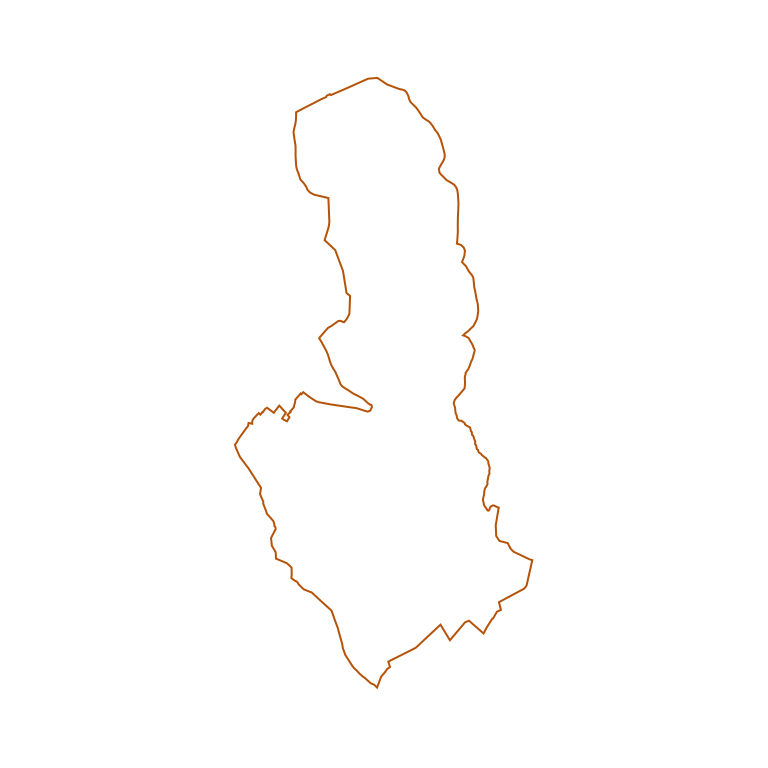 Titesti, Arges, Romania, rotated 308°
{"feature_id": "2599482B73209065312758", "entity_name": "Titesti", "entity_type": "district", "adm_level": 2, "iso_a3": "ROU", "parent_name": "Romania", "parent_adm1": "Arges", "projection": "equal_earth", "projection_center": [24.984, 45.011], "detail": "fine", "context": "isolated", "style": "outline", "palette": "amber", "viewbox_px": 768, "rotation_deg": 308, "n_neighbors": 0, "source": "geoboundaries", "source_scale": "gbopen_adm2", "svg_char_len": 5638}
<svg xmlns="http://www.w3.org/2000/svg" viewBox="0 0 768 768"><g transform="rotate(308 384 384)"><path d="M357.2,550.5L356.5,548.2L356.2,546.6L355.9,545.3L355.2,544.4L354.2,544.0L353.7,543.8L353.2,543.6L352.6,543.6L351.1,543.9L350.4,544.3L349.4,544.5L348.5,544.3L348.2,543.8L348.1,543.3L348.6,542.2L349.2,540.7L349.6,538.9L350.1,537.6L351.2,536.2L352.3,534.9L353.4,533.5L354.3,532.8L355.4,532.3L357.4,531.4L358.1,531.2L359.2,530.5L360.0,529.9L360.7,529.4L362.6,528.4L364.2,527.8L364.8,527.8L367.5,527.6L369.2,527.0L369.8,526.2L370.4,525.8L372.3,524.7L376.3,522.7L378.1,522.4L378.8,521.8L380.7,520.2L382.6,519.3L384.4,517.0L385.6,515.2L387.1,514.0L387.6,512.9L387.8,511.9L388.1,511.0L388.4,509.9L388.1,508.4L388.2,507.7L388.2,506.8L388.3,506.0L388.2,505.1L388.5,504.2L388.7,503.5L388.6,502.4L388.5,501.5L388.6,500.7L388.8,500.3L389.1,499.6L389.4,499.3L390.0,498.7L389.9,497.3L390.3,496.6L391.2,495.6L392.0,494.9L392.4,494.3L392.7,492.8L393.7,492.1L394.6,491.6L395.0,491.1L395.7,489.8L396.3,488.7L397.2,487.6L397.9,486.3L398.2,485.7L398.1,485.2L398.2,484.6L398.4,484.4L399.4,483.5L400.2,482.8L400.2,482.3L400.3,481.8L400.6,481.2L401.3,480.4L402.7,478.5L402.0,474.1L402.0,472.9L402.9,471.5L402.7,467.6L401.8,466.5L401.3,465.4L401.4,464.5L402.3,462.3L403.2,461.4L404.1,460.4L405.2,458.3L406.7,456.8L407.9,455.7L408.9,454.7L409.6,453.8L410.3,452.8L411.2,451.5L411.5,451.0L412.5,450.5L414.4,449.7L416.8,449.5L424.4,450.0L430.1,450.2L435.1,447.0L436.3,445.8L437.7,444.7L438.9,443.6L439.9,443.1L441.7,442.4L442.9,441.5L447.6,441.2L448.5,441.0L450.8,440.4L453.8,439.4L455.1,438.9L457.9,438.4L460.0,437.5L465.5,435.2L466.4,434.7L467.0,434.0L467.2,433.5L467.5,433.0L467.7,432.4L468.0,431.8L469.0,430.5L469.7,428.9L470.9,425.9L471.5,424.5L472.3,422.4L472.3,421.5L472.1,420.7L471.8,418.7L471.5,417.6L471.0,416.4L474.0,416.8L477.6,417.8L480.9,418.2L484.7,418.8L488.5,418.1L492.2,417.3L493.5,416.7L496.1,415.3L499.5,413.4L504.5,408.9L506.7,406.2L508.2,404.3L510.5,401.8L513.1,398.8L516.5,394.9L519.8,391.8L522.6,389.1L523.8,386.7L524.1,385.4L525.0,381.6L525.8,379.6L527.3,376.1L528.1,370.3L530.6,369.7L534.9,368.2L539.0,365.6L540.6,362.8L541.0,359.2L539.5,355.0L542.5,353.2L549.1,348.7L554.0,344.8L560.7,339.7L570.2,333.0L573.1,330.7L578.3,326.1L581.5,322.9L583.3,320.1L584.3,316.5L583.2,307.4L583.9,302.3L584.2,299.7L584.8,297.4L587.7,294.6L592.2,293.9L593.6,293.7L596.7,293.3L599.7,292.4L602.4,290.4L605.4,286.6L611.4,278.5L613.4,274.7L614.7,271.9L615.6,268.0L617.3,263.5L618.3,259.8L618.5,258.0L618.2,255.0L618.0,252.7L618.0,250.6L618.1,249.9L618.5,248.7L619.3,246.6L619.7,245.4L620.1,244.2L621.1,241.1L621.8,238.0L622.3,232.9L622.5,231.4L624.1,228.1L625.5,226.6L626.5,224.7L627.5,222.7L627.7,222.0L628.0,220.1L627.8,218.4L625.7,214.0L624.7,210.8L621.9,201.9L621.1,190.3L614.8,183.5L591.4,171.1L578.9,164.2L579.1,163.0L576.1,161.4L574.3,161.7L570.4,159.5L553.1,151.5L544.0,147.4L543.0,148.2L541.0,149.8L539.6,150.8L538.3,151.7L536.9,152.6L533.9,154.3L531.2,155.4L526.8,157.6L521.8,162.7L517.4,167.5L513.7,170.5L509.5,173.7L502.0,180.3L499.7,182.9L496.9,187.6L493.7,192.1L492.8,197.3L491.6,201.1L489.8,204.5L489.4,208.2L489.7,209.9L490.2,212.5L496.3,225.7L477.8,241.4L473.1,244.0L468.0,245.9L460.8,248.6L460.5,252.2L459.5,263.1L447.9,282.0L432.6,298.5L432.5,303.1L429.1,305.5L422.2,310.5L418.0,313.5L412.7,314.6L408.0,314.5L406.9,310.6L405.2,309.1L397.8,307.0L393.6,305.3L380.7,304.6L380.1,304.8L379.2,307.5L378.1,310.1L377.0,312.6L375.4,316.3L373.7,319.8L372.8,321.4L371.3,323.6L368.5,327.5L366.9,330.1L366.1,331.6L364.7,335.0L363.7,337.9L359.0,346.7L357.3,349.4L356.8,350.9L356.4,352.6L356.8,357.4L357.1,359.4L357.3,362.7L357.5,365.3L358.2,368.9L358.9,372.6L359.5,376.3L359.5,377.5L359.2,381.5L359.0,383.6L359.1,384.7L359.2,385.9L359.6,386.4L359.6,387.4L358.5,388.6L354.5,389.6L352.1,388.1L350.4,383.6L348.0,377.1L345.8,373.4L343.7,369.7L335.2,354.8L329.2,343.2L328.5,340.8L327.8,331.9L327.8,325.4L325.1,325.2L325.2,324.2L317.1,323.7L315.4,324.9L311.7,326.5L310.0,327.3L304.5,327.0L304.5,327.6L303.8,327.6L303.7,327.4L302.1,327.2L300.4,326.9L300.1,327.5L299.8,329.2L299.6,330.0L294.9,330.5L294.2,327.2L294.1,325.0L295.1,324.9L300.9,324.4L302.5,314.8L295.2,314.8L293.5,314.9L293.4,312.0L293.3,308.2L293.3,306.5L291.3,305.7L287.0,305.9L286.9,305.5L283.7,305.4L283.9,303.2L276.8,302.5L274.6,302.7L272.7,303.6L271.5,304.6L269.9,301.3L268.7,301.9L267.5,302.6L266.1,302.8L265.0,302.7L258.5,302.9L254.9,303.0L250.2,303.3L247.8,303.8L245.7,303.9L244.5,303.9L243.8,304.8L242.5,306.6L238.3,314.5L237.8,315.4L237.2,317.7L235.1,325.4L234.2,329.0L228.0,346.5L227.4,348.3L226.4,351.1L220.9,354.1L217.2,360.8L216.8,361.5L215.3,362.5L214.8,363.4L212.0,368.1L209.6,371.9L209.1,374.6L208.5,378.0L207.8,381.4L206.4,383.4L204.6,385.2L204.2,386.7L203.1,387.9L193.1,389.8L187.5,395.2L186.5,397.8L184.9,402.0L183.2,403.6L179.9,406.4L183.0,418.0L182.9,418.8L182.8,420.6L182.6,422.4L182.4,424.2L179.8,426.3L177.3,428.4L174.0,430.6L174.1,435.0L174.6,437.3L173.5,440.3L172.8,447.3L174.4,452.7L175.2,455.2L175.1,457.1L174.1,468.7L173.1,482.2L168.1,490.0L163.2,497.9L158.3,504.4L153.5,511.0L150.6,514.1L146.7,520.3L145.4,524.0L142.7,531.6L141.6,535.3L141.5,538.1L140.7,543.3L140.4,547.1L140.6,549.8L140.3,553.7L140.0,557.7L141.0,561.5L140.5,565.4L141.9,565.0L151.8,561.9L156.8,562.2L161.2,562.0L164.7,563.0L167.9,558.3L195.6,571.4L229.1,576.7L222.7,593.7L246.1,594.6L249.8,596.7L248.7,616.0L255.6,614.8L260.8,614.3L265.7,613.8L266.4,614.3L274.1,613.2L278.0,615.2L282.9,608.9L308.7,620.3L311.0,620.6L313.2,620.3L336.5,609.3L335.4,606.5L331.6,589.4L332.1,585.3L334.8,579.4L331.4,571.6L333.3,566.0L341.5,559.0L357.2,550.5Z" fill="none" stroke="#b45309" stroke-width="2"/></g></svg>